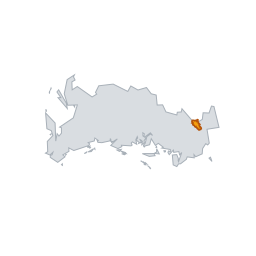 location of Saratov within Russia, rotated 227°
{"feature_id": "RUS-2393", "entity_name": "Saratov", "entity_type": "Region", "adm_level": 1, "iso_a3": "RUS", "parent_name": "Russia", "parent_adm1": "", "projection": "albers", "projection_center": [46.661, 51.31], "detail": "fine", "context": "in_parent", "style": "filled", "palette": "amber", "viewbox_px": 256, "rotation_deg": 227, "n_neighbors": 0, "source": "natural_earth", "source_scale": "10m", "svg_char_len": 5713}
<svg xmlns="http://www.w3.org/2000/svg" viewBox="0 0 256 256"><g transform="rotate(227 128 128)"><path d="M204.9,116.5L203.4,125.0L202.6,123.0L199.2,122.0L200.0,118.4L194.0,113.2L192.9,119.2L175.2,122.9L174.1,128.2L176.2,128.5L178.8,135.4L170.2,147.1L154.9,152.8L156.8,158.7L149.0,161.2L145.0,169.1L137.2,168.3L132.9,171.1L124.9,165.0L121.3,169.1L113.9,166.7L104.2,172.6L105.9,174.8L103.4,177.9L105.3,180.6L89.8,180.0L84.7,183.5L83.6,188.2L87.9,193.3L83.7,197.5L87.1,204.0L85.1,205.5L66.4,195.0L73.2,184.9L61.5,177.1L61.3,174.7L63.5,174.2L62.1,168.6L58.5,164.6L60.8,157.9L63.5,158.1L61.0,156.1L66.5,151.6L65.3,149.3L66.0,142.0L67.3,140.5L66.5,137.4L70.2,135.9L78.0,142.0L75.3,145.5L71.2,143.9L69.9,142.4L68.9,142.0L73.4,150.6L73.2,147.4L76.1,149.1L79.0,144.8L80.9,146.1L80.4,140.0L82.8,140.5L83.6,141.9L81.8,142.9L83.4,144.3L90.3,139.0L89.9,140.7L96.1,139.7L96.6,136.2L104.3,137.7L101.0,132.4L103.7,127.4L104.9,127.5L105.1,130.2L108.8,135.8L108.3,140.3L105.8,140.9L109.2,141.1L109.9,134.5L110.9,133.8L112.6,136.0L114.4,135.6L112.0,133.5L108.4,134.3L107.8,131.2L106.1,129.9L106.4,126.7L108.4,129.4L110.7,129.2L111.3,128.9L108.1,128.0L109.6,126.3L113.7,125.8L114.1,128.3L115.4,128.9L114.1,125.7L110.1,123.3L114.9,121.7L114.8,120.1L112.7,119.4L112.9,118.0L119.9,111.4L118.6,110.8L119.8,106.6L127.0,103.5L127.3,112.8L128.2,108.0L129.7,106.4L131.5,107.7L131.9,107.8L132.1,107.6L130.8,106.2L135.1,98.9L138.0,96.2L140.0,97.0L138.8,97.9L143.3,96.9L141.5,94.5L144.5,88.9L142.6,89.1L141.9,87.4L148.5,73.0L153.9,71.1L151.2,68.9L152.8,62.0L149.9,62.3L150.8,53.2L159.5,51.1L160.9,52.4L160.2,54.3L161.5,56.6L161.5,52.5L165.9,50.5L165.4,53.1L173.2,59.8L173.7,67.9L178.4,70.1L182.8,68.2L195.2,78.0L181.4,78.1L167.7,66.2L172.2,72.3L169.2,72.0L169.6,75.8L173.6,79.5L175.3,78.6L172.7,94.9L179.4,106.7L185.7,99.5L196.5,104.7L204.9,116.5ZM99.5,121.0L91.7,129.5L89.3,128.9L92.7,124.2L99.5,121.0ZM183.7,96.9L197.9,97.5L196.0,99.6L202.8,100.6L203.2,103.3L188.2,99.8L183.7,96.9ZM87.7,133.2L91.6,129.8L90.9,132.5L93.3,134.8L87.7,133.2ZM136.3,88.8L135.8,85.1L137.7,82.5L136.3,88.8ZM112.6,107.6L116.3,107.0L112.2,109.2L112.6,107.6ZM110.9,107.1L113.5,105.8L110.6,108.6L110.9,107.1ZM116.7,105.8L119.4,104.9L117.0,108.5L116.7,105.8ZM138.5,82.1L138.4,80.3L139.2,78.6L138.5,82.1ZM46.3,166.6L50.7,166.7L50.4,168.4L46.3,166.6ZM85.1,116.9L86.8,116.6L83.6,117.3L85.1,116.9ZM140.1,86.6L141.8,85.1L140.6,87.9L140.1,86.6ZM86.9,138.8L85.7,139.9L85.1,139.2L85.7,138.2L86.9,138.8ZM88.2,116.2L89.7,115.8L90.5,116.0L88.2,116.2ZM93.3,115.4L92.7,116.2L91.6,116.2L91.8,115.7L93.3,115.4ZM94.8,115.2L93.5,115.4L95.3,114.8L94.8,115.2ZM94.7,135.2L95.5,136.7L94.2,135.7L94.7,135.2ZM112.2,108.4L111.5,109.3L110.7,109.3L112.2,108.4ZM89.0,115.4L90.9,115.0L90.3,115.5L89.0,115.4ZM146.5,54.3L146.6,55.5L145.4,54.6L146.5,54.3ZM83.6,116.6L84.8,116.7L82.4,116.8L83.6,116.6ZM103.7,126.9L102.4,127.5L103.6,126.8L103.7,126.9ZM128.3,106.2L129.3,106.3L128.3,106.8L128.3,106.2ZM150.6,63.3L151.1,64.2L150.8,64.7L150.6,63.3ZM91.1,116.6L90.2,116.5L91.6,116.5L91.1,116.6ZM90.7,115.5L91.3,115.8L90.2,115.7L90.7,115.5ZM206.7,94.0L207.6,94.6L208.7,96.2L206.7,94.0ZM89.6,116.8L90.2,117.1L89.4,117.2L89.6,116.8ZM109.4,126.1L108.6,126.9L108.4,127.0L109.4,126.1ZM176.4,66.7L176.1,67.8L175.6,66.8L176.4,66.7ZM139.3,86.5L139.8,87.1L139.2,87.2L139.3,86.5ZM179.7,103.3L181.0,103.5L180.5,104.0L179.7,103.3ZM195.6,79.1L197.3,80.3L196.8,80.6L195.6,79.1ZM88.2,117.1L87.4,117.3L87.1,117.2L88.2,117.1ZM109.5,124.7L109.5,125.4L109.3,125.3L109.5,124.7ZM135.6,89.2L135.8,89.8L135.0,89.3L135.6,89.2ZM209.4,98.9L208.5,96.7L209.7,99.0L209.4,98.9Z" fill="#d9dde1" stroke="#a8b0b8" stroke-width="1"/><path d="M89.7,180.0L89.8,180.3L89.7,180.4L89.4,180.4L89.4,180.5L89.3,180.8L89.2,180.8L89.1,181.0L88.9,181.2L88.7,181.3L88.4,181.5L87.9,181.6L87.7,181.7L87.7,181.8L87.7,182.0L87.8,182.1L87.8,182.3L87.7,182.3L87.4,182.4L87.3,182.5L87.2,182.7L86.9,182.9L86.6,182.8L86.7,183.0L86.7,183.5L86.8,183.7L86.8,183.8L86.9,184.0L87.0,184.1L87.0,184.3L86.9,184.5L86.7,184.6L86.4,184.7L86.3,184.8L86.2,184.8L86.1,184.7L85.9,184.5L85.8,184.3L85.8,184.2L85.7,184.0L85.6,183.9L85.4,183.7L85.2,183.5L85.2,183.4L84.9,183.3L84.8,183.5L84.5,183.5L84.5,183.4L84.4,183.3L84.4,183.2L84.2,183.1L83.9,183.1L83.8,182.9L83.7,182.8L83.6,182.7L83.4,182.7L83.4,182.9L83.3,183.0L83.1,183.1L82.7,183.1L82.6,182.8L82.6,182.7L82.4,182.5L82.1,182.5L82.1,182.9L81.9,183.0L81.8,182.9L81.6,182.9L81.4,182.9L81.4,182.7L81.5,182.5L81.5,182.4L81.5,182.2L81.3,182.1L81.3,181.8L81.1,181.7L80.9,181.7L80.7,181.6L80.4,181.6L80.2,181.4L80.1,181.5L79.8,181.4L79.8,181.6L79.7,181.7L79.4,181.5L79.2,181.6L78.8,181.7L78.6,181.8L78.2,181.5L78.0,181.4L77.8,181.3L77.9,181.2L77.8,180.9L77.7,180.8L77.6,180.6L77.3,180.4L77.3,180.2L77.6,179.8L77.6,179.7L77.7,179.4L77.8,179.4L77.7,179.2L77.8,179.0L77.8,178.9L78.0,178.7L78.3,178.4L78.6,178.4L78.6,178.5L78.9,178.5L78.9,178.4L79.1,178.4L79.3,178.4L79.4,178.5L79.5,178.5L79.9,178.7L80.1,178.7L80.3,178.5L80.4,178.4L80.4,178.2L80.5,178.2L80.6,178.3L80.8,178.4L80.9,178.5L81.0,178.6L81.3,178.7L81.2,178.6L81.3,178.5L81.5,178.6L81.8,178.5L81.9,178.4L82.0,178.3L82.6,178.6L82.6,178.4L82.7,178.2L82.8,178.2L83.0,178.0L83.0,177.9L83.3,177.9L83.5,177.8L83.6,178.0L83.8,178.0L84.0,178.0L84.3,178.1L84.7,178.2L84.8,178.1L85.0,178.1L85.2,177.9L85.3,177.8L85.6,177.9L85.6,177.7L85.8,177.6L86.0,177.6L86.1,177.8L86.3,177.9L86.4,178.0L86.5,177.9L86.6,178.0L86.8,178.2L86.8,178.3L86.9,178.5L86.9,178.4L87.0,178.3L87.3,178.2L87.4,178.3L87.5,178.3L87.5,178.5L87.8,178.7L88.0,178.6L87.9,178.7L88.0,178.7L88.0,178.8L88.1,178.7L88.1,178.8L88.2,179.0L88.5,179.0L88.5,178.9L88.6,179.0L88.9,179.1L88.8,179.3L89.0,179.4L89.3,179.4L89.4,179.5L89.5,179.5L89.6,179.8L89.7,180.0Z" fill="#f59e0b" stroke="#b45309" stroke-width="1.5"/></g></svg>